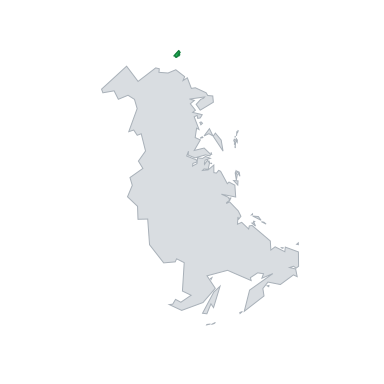 where Kaliningrad sits in Russia, rotated 129°
{"feature_id": "RUS-2324", "entity_name": "Kaliningrad", "entity_type": "Region", "adm_level": 1, "iso_a3": "RUS", "parent_name": "Russia", "parent_adm1": "", "projection": "albers", "projection_center": [21.339, 54.816], "detail": "fine", "context": "in_parent", "style": "filled", "palette": "green", "viewbox_px": 384, "rotation_deg": 129, "n_neighbors": 0, "source": "natural_earth", "source_scale": "10m", "svg_char_len": 4708}
<svg xmlns="http://www.w3.org/2000/svg" viewBox="0 0 384 384"><g transform="rotate(129 192 192)"><path d="M290.5,125.5L293.8,138.8L291.3,136.4L285.8,137.2L284.7,131.3L272.8,127.7L275.0,137.1L251.8,153.6L253.6,161.9L256.9,161.1L264.9,169.4L259.7,191.8L240.9,209.4L247.2,216.8L237.4,225.3L236.3,239.1L224.4,242.6L219.8,249.3L204.6,245.0L201.7,253.1L189.4,253.9L178.7,268.1L182.4,270.3L180.5,276.3L184.9,279.1L161.7,287.1L156.2,295.0L157.1,302.6L166.3,307.6L162.4,316.2L171.0,323.7L169.0,327.0L135.4,322.0L140.0,303.5L118.4,298.3L116.8,295.0L119.8,293.0L114.6,285.5L107.2,281.5L107.0,270.3L111.0,269.1L106.2,267.5L111.9,257.7L108.9,255.0L106.0,243.5L107.1,240.5L104.3,236.3L108.8,231.9L123.2,237.1L121.3,243.9L114.5,243.5L111.8,242.0L110.2,242.0L121.4,252.5L119.3,247.8L124.5,248.8L126.3,240.8L129.7,241.6L125.5,232.7L129.3,232.2L131.2,233.9L129.2,236.3L132.2,237.6L139.0,225.9L139.5,228.6L147.7,223.8L146.3,218.3L158.3,216.4L150.2,210.2L151.0,201.3L152.7,200.8L154.7,204.9L163.6,211.2L165.7,218.2L162.5,220.4L167.4,218.8L164.3,208.7L165.4,207.0L169.2,209.3L171.5,207.9L166.8,206.0L162.0,209.1L159.2,204.9L155.9,203.8L154.3,198.9L158.9,201.9L162.1,200.3L162.7,199.6L157.6,200.0L158.5,196.6L164.2,193.7L166.5,197.2L168.7,197.4L164.7,193.4L157.3,192.0L163.2,187.2L161.9,184.9L158.4,184.9L157.9,182.8L163.3,169.8L161.0,169.5L159.7,163.0L168.4,154.9L175.2,167.8L173.3,160.6L174.6,157.5L178.2,158.4L178.8,158.3L179.0,157.9L176.0,156.6L177.6,144.1L180.1,138.7L183.7,138.6L182.5,140.6L188.4,136.4L184.3,134.3L185.1,124.7L182.3,126.1L180.2,124.3L180.8,100.3L187.5,94.2L182.3,92.9L180.0,82.3L176.1,84.8L171.6,71.6L182.7,62.4L185.6,63.2L185.8,66.4L189.3,68.6L186.6,63.0L191.6,57.0L192.6,61.0L208.3,65.1L214.2,76.3L222.4,76.2L227.5,70.6L251.8,76.3L232.0,85.5L204.5,77.8L215.0,83.4L210.5,85.0L213.5,90.1L221.8,92.7L223.6,90.3L230.5,115.1L247.7,127.6L252.2,113.3L271.0,113.9L290.5,125.5ZM140.7,193.6L135.3,210.7L131.5,210.9L133.3,202.0L140.7,193.6ZM247.6,110.9L268.3,102.5L267.0,106.9L277.3,103.8L279.6,107.5L256.0,112.1L247.6,110.9ZM131.8,218.3L135.2,211.1L136.1,215.6L140.8,217.9L131.8,218.3ZM172.5,129.7L169.3,125.0L170.5,120.5L172.5,129.7ZM149.8,167.8L154.8,165.1L150.3,170.1L149.8,167.8ZM146.9,167.8L149.6,164.7L147.5,170.1L146.9,167.8ZM154.4,163.2L157.8,160.8L156.9,166.9L154.4,163.2ZM171.4,119.4L170.2,117.1L170.3,114.2L171.4,119.4ZM90.2,291.1L96.8,288.8L97.2,291.5L90.2,291.1ZM118.4,194.0L120.4,192.7L116.6,195.4L118.4,194.0ZM176.8,124.4L178.5,121.2L178.5,125.9L176.8,124.4ZM134.2,227.4L133.0,229.7L131.8,229.0L132.0,227.1L134.2,227.4ZM122.1,191.5L123.8,190.0L125.0,190.0L122.1,191.5ZM128.3,187.8L128.1,189.3L126.5,189.8L126.5,189.0L128.3,187.8ZM130.2,186.8L128.6,187.7L130.5,186.0L130.2,186.8ZM142.9,217.8L145.1,219.6L142.6,218.8L142.9,217.8ZM149.7,169.0L149.4,170.6L148.2,171.0L149.7,169.0ZM122.6,189.8L124.8,188.2L124.3,189.3L122.6,189.8ZM166.0,76.2L166.8,77.8L164.6,77.4L166.0,76.2ZM116.3,194.2L117.9,193.9L114.8,195.1L116.3,194.2ZM150.5,200.6L149.1,202.2L150.4,200.4L150.5,200.6ZM172.2,158.0L173.9,157.6L172.7,158.8L172.2,158.0ZM177.7,85.6L179.0,86.5L178.9,87.5L177.7,85.6ZM126.1,190.8L124.9,191.0L126.8,190.3L126.1,190.8ZM124.8,189.1L125.9,189.3L124.3,189.7L124.8,189.1ZM278.6,91.7L280.3,92.0L282.8,93.6L278.6,91.7ZM124.2,191.8L125.4,192.0L124.3,192.4L124.2,191.8ZM158.2,196.5L157.7,198.1L157.3,198.2L158.2,196.5ZM217.3,72.8L217.6,74.5L216.2,73.4L217.3,72.8ZM175.5,124.8L176.7,125.2L175.9,125.7L175.5,124.8ZM246.0,122.6L248.0,122.1L247.6,123.2L246.0,122.6ZM253.1,77.6L256.2,78.2L255.6,79.0L253.1,77.6ZM122.6,192.8L121.7,193.5L121.2,193.5L122.6,192.8ZM157.4,194.3L158.0,195.4L157.5,195.4L157.4,194.3ZM171.6,130.6L172.4,131.4L170.9,131.2L171.6,130.6ZM285.6,97.1L282.9,94.5L286.1,97.0L285.6,97.1Z" fill="#d9dde1" stroke="#a8b0b8" stroke-width="1"/><path d="M94.2,288.0L94.4,288.3L94.7,288.3L94.9,288.5L95.0,288.6L95.3,288.7L95.4,288.8L95.5,288.7L95.6,288.8L95.7,289.0L95.7,288.9L95.8,288.9L96.1,288.8L96.5,288.8L96.8,288.8L96.9,289.1L97.1,289.2L97.1,289.3L97.3,289.4L97.3,289.5L97.4,289.8L97.3,290.0L97.2,290.0L97.1,290.3L97.1,290.5L97.0,291.0L97.1,291.3L97.2,291.5L96.7,291.5L96.2,291.5L95.5,291.5L94.9,291.5L94.0,291.4L93.2,291.4L92.5,291.3L91.9,291.3L91.0,291.2L90.6,291.2L90.4,291.2L90.2,291.1L90.3,291.1L90.5,290.8L90.8,290.6L90.9,290.3L90.9,290.2L91.0,290.1L91.1,289.9L91.0,289.7L91.0,289.4L91.1,289.2L91.3,289.2L91.5,289.2L91.9,289.3L92.0,289.2L92.5,288.9L92.9,288.4L93.0,288.4L93.2,288.0L93.3,288.0L93.2,288.1L93.1,288.3L93.0,288.5L92.8,288.6L92.7,288.9L92.4,289.1L92.4,289.3L92.8,289.3L93.0,289.4L93.3,289.5L93.4,289.4L93.5,289.4L93.5,289.5L93.5,289.4L93.8,289.4L93.9,289.2L93.8,288.6L93.7,288.4L93.8,288.3L93.9,288.2L94.1,288.0L94.2,288.0Z" fill="#22c55e" stroke="#15803d" stroke-width="1.5"/></g></svg>